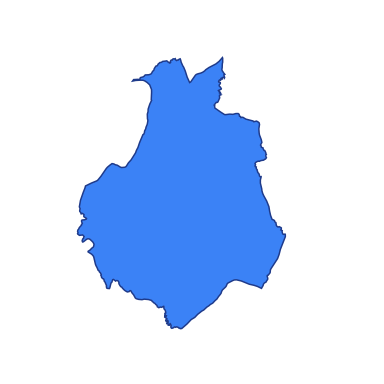 Ou Chum, Rôtânôkiri, Cambodia, rotated 125°
{"feature_id": "14789045B56033797709996", "entity_name": "Ou Chum", "entity_type": "district", "adm_level": 2, "iso_a3": "KHM", "parent_name": "Cambodia", "parent_adm1": "Rôtânôkiri", "projection": "albers", "projection_center": [107.039, 13.843], "detail": "fine", "context": "isolated", "style": "filled", "palette": "blue", "viewbox_px": 384, "rotation_deg": 125, "n_neighbors": 0, "source": "geoboundaries", "source_scale": "gbopen_adm2", "svg_char_len": 6042}
<svg xmlns="http://www.w3.org/2000/svg" viewBox="0 0 384 384"><g transform="rotate(125 192 192)"><path d="M309.8,122.1L303.0,120.4L297.0,119.5L293.1,117.8L289.0,117.2L284.0,115.7L281.9,114.7L277.7,113.8L275.2,112.8L273.7,112.5L271.2,111.3L267.6,110.8L265.4,110.2L262.5,110.3L259.9,110.1L258.3,110.1L256.4,110.7L254.9,110.9L250.6,110.0L249.4,110.0L247.2,110.5L245.9,110.3L241.0,107.7L239.7,106.8L238.4,105.1L236.6,100.6L234.7,92.2L232.9,87.8L231.8,84.2L231.1,79.8L227.9,80.1L226.5,80.6L225.9,80.6L224.9,80.5L223.4,79.7L221.9,79.9L220.5,79.9L219.9,80.0L219.1,80.6L217.7,82.3L217.0,82.4L216.5,81.9L213.7,81.7L212.9,81.9L210.8,83.1L209.5,83.3L197.5,83.7L193.3,84.8L188.3,86.7L175.1,89.9L173.4,91.1L173.1,91.6L174.3,92.9L174.3,93.4L173.7,94.5L172.5,95.7L171.9,95.9L172.1,97.5L171.2,97.6L170.2,98.2L170.1,98.7L170.4,100.7L171.1,101.2L171.4,101.8L171.4,102.6L171.0,103.7L168.9,105.8L169.0,106.4L168.8,107.3L168.1,108.0L168.1,109.1L168.5,110.7L166.1,114.2L163.3,117.3L159.9,120.6L156.6,125.6L153.9,131.1L152.6,133.3L150.8,135.5L149.4,136.7L145.5,141.1L142.9,142.9L140.5,143.8L139.8,144.2L140.4,144.8L140.1,146.0L139.4,146.6L138.5,147.9L138.5,148.4L138.1,149.6L137.4,150.2L137.2,150.8L136.3,151.5L136.1,152.6L135.5,153.2L134.6,153.7L134.9,154.7L134.4,155.4L133.3,155.5L132.6,156.7L131.4,156.8L130.0,156.3L128.8,155.5L128.2,154.4L126.9,153.7L124.7,151.5L123.6,151.3L122.9,150.7L121.2,150.7L120.6,151.8L119.5,152.7L118.5,152.7L118.3,153.4L117.4,154.2L116.7,155.4L116.3,156.2L116.6,156.9L115.8,158.5L115.1,159.2L115.6,160.8L114.5,162.0L114.3,162.8L111.3,163.2L109.3,165.4L106.6,169.4L105.2,170.8L101.9,173.5L98.0,175.4L96.8,176.7L96.7,178.3L96.9,179.8L99.0,181.7L98.8,182.7L101.4,189.7L101.6,193.0L101.8,193.5L102.5,194.1L103.0,194.8L102.3,195.5L102.7,196.5L101.3,198.0L101.3,199.3L102.5,201.0L104.9,203.0L106.6,205.8L109.4,208.9L109.9,209.8L110.1,214.3L110.1,221.4L108.9,222.6L108.2,222.9L108.1,223.7L104.6,223.5L103.9,222.5L103.1,222.5L99.0,223.3L98.4,224.0L97.1,224.9L95.8,224.1L95.9,224.8L95.4,225.0L94.8,224.9L94.5,225.5L95.1,226.3L94.7,226.6L94.1,226.4L93.9,227.3L94.0,228.0L93.7,228.6L91.1,227.1L90.6,227.2L89.8,228.9L89.7,230.2L88.9,231.1L86.9,231.0L86.1,231.6L86.2,232.5L86.6,233.2L86.4,233.5L85.2,233.8L84.4,233.7L84.1,232.7L83.2,232.7L82.7,233.3L82.2,233.3L82.5,232.6L82.0,231.9L80.7,232.6L79.6,231.7L80.1,230.8L79.5,230.9L78.2,232.6L77.6,233.1L76.8,232.6L76.1,235.0L75.6,235.9L75.5,236.5L74.8,237.5L74.2,238.0L73.0,238.5L69.6,240.7L68.1,241.3L64.8,243.6L64.4,244.2L69.3,244.7L73.4,245.9L80.3,249.5L84.0,250.9L85.6,251.1L87.9,252.0L89.8,253.2L91.6,254.8L93.2,255.9L94.4,256.2L102.6,256.2L103.7,256.7L100.7,261.8L96.7,267.0L94.5,270.5L94.0,271.8L91.9,275.3L90.4,277.0L89.7,278.1L90.8,278.8L91.7,278.9L92.2,279.6L93.1,279.9L93.2,280.8L92.4,282.2L93.0,282.4L93.2,283.1L93.7,283.7L94.2,284.0L95.3,283.9L95.7,284.6L96.3,284.8L97.1,284.7L98.2,283.8L98.9,284.0L99.3,284.5L98.9,285.1L99.2,285.9L99.2,286.8L99.0,287.4L99.3,288.3L99.9,288.7L101.8,290.9L103.4,291.5L104.4,292.6L105.3,292.7L106.1,293.1L108.5,292.9L109.6,293.8L112.6,293.7L113.7,293.2L114.7,293.2L115.7,293.5L117.9,293.2L119.1,293.4L120.8,294.7L122.9,297.4L123.6,297.6L124.5,297.6L125.9,298.2L127.9,299.9L129.4,299.5L130.1,299.8L130.8,301.0L133.4,304.3L135.2,304.3L132.9,302.1L129.9,298.3L128.5,296.1L128.1,294.4L128.0,291.6L128.5,288.1L131.3,283.9L133.5,282.3L139.8,278.3L140.0,277.7L144.2,277.0L149.2,275.5L151.4,274.1L153.8,273.3L157.7,270.4L158.3,269.5L159.4,268.8L162.2,267.5L165.4,266.8L166.6,266.2L169.3,265.8L170.5,265.1L171.7,264.8L172.5,264.7L173.1,265.1L181.5,263.3L186.6,261.8L189.8,261.4L192.3,260.7L200.6,260.3L204.6,260.8L208.1,260.6L209.3,260.7L210.3,261.3L212.3,263.7L212.7,264.9L212.9,268.6L213.7,270.5L213.8,272.0L214.6,273.8L217.2,274.7L220.2,275.5L222.0,275.7L231.4,275.6L236.4,276.0L237.5,276.4L242.5,279.6L248.1,282.7L250.4,281.9L254.6,280.9L262.7,278.6L268.7,275.8L269.4,274.9L269.8,274.1L271.4,273.5L272.2,272.9L272.6,271.7L273.5,270.2L272.5,269.9L272.4,268.2L272.4,267.6L274.0,266.7L274.3,266.2L274.1,264.0L274.3,263.1L274.8,263.0L276.5,264.2L278.0,266.0L278.9,266.0L279.6,265.4L280.7,263.8L282.1,263.9L282.5,263.5L285.8,263.9L287.2,263.6L288.5,263.7L289.8,263.2L290.2,262.8L290.7,262.0L291.7,261.9L292.0,261.5L292.1,259.4L289.9,256.9L290.3,254.9L291.4,254.7L292.1,254.3L293.1,254.6L295.0,254.0L295.7,253.0L295.1,252.4L291.5,251.3L290.4,250.8L289.6,249.8L289.3,248.6L289.4,247.6L289.8,244.8L290.3,243.5L291.0,242.3L292.9,241.4L293.9,241.3L295.6,241.9L297.9,242.2L300.2,243.1L300.7,242.7L300.5,238.6L300.9,236.5L301.6,235.2L306.6,229.6L307.5,228.2L308.4,226.4L310.0,223.9L309.9,223.0L310.1,222.5L310.5,222.2L310.8,220.5L311.4,219.9L311.4,219.4L311.6,219.0L312.7,218.7L312.8,218.2L313.2,217.6L313.6,217.4L313.9,216.9L314.2,215.4L313.9,214.7L314.1,214.1L315.4,212.7L315.9,211.0L316.7,210.2L317.0,209.3L317.4,209.0L317.5,208.6L318.1,208.0L318.6,207.9L319.6,206.8L319.4,205.8L318.5,204.3L317.8,204.3L313.1,206.1L311.9,205.9L309.3,206.7L308.6,206.1L308.8,203.5L308.1,203.3L307.5,202.6L307.3,201.9L307.3,201.3L307.9,200.1L309.1,199.2L310.0,197.3L310.4,196.0L310.2,194.8L310.6,194.0L311.1,191.6L311.2,190.0L311.0,187.7L309.7,186.4L308.5,186.3L308.0,185.6L309.2,182.9L309.7,180.9L311.3,177.7L311.4,176.5L310.6,174.2L308.9,171.2L307.2,169.7L305.0,165.9L304.0,162.8L304.5,161.8L304.4,161.3L304.7,159.5L304.5,158.6L304.9,157.2L305.0,155.6L305.9,154.6L305.8,152.8L304.4,151.9L303.8,150.6L302.7,150.2L301.9,149.6L302.2,149.2L303.1,148.6L303.9,147.6L304.1,146.4L305.2,144.9L306.2,144.1L307.0,144.6L307.6,143.8L308.3,143.8L309.2,143.2L308.5,143.1L308.1,142.0L309.1,141.9L309.4,142.2L310.1,142.3L310.2,140.0L312.1,140.0L312.5,139.7L312.7,139.1L312.4,138.4L311.2,138.4L311.2,138.0L311.9,137.1L312.5,136.8L313.9,137.6L314.3,137.1L313.6,135.2L314.6,135.2L314.5,134.6L314.1,134.1L313.5,134.0L312.9,134.4L312.4,134.3L312.5,133.9L313.5,132.4L314.6,132.0L314.9,131.7L315.3,131.0L315.2,130.3L313.7,129.2L312.9,129.1L312.4,128.7L312.2,127.8L311.2,127.2L310.8,125.4L311.0,124.7L310.7,124.3L310.7,123.2L310.0,122.7L309.8,122.1Z" fill="#3b82f6" stroke="#1e3a8a" stroke-width="1.5"/></g></svg>